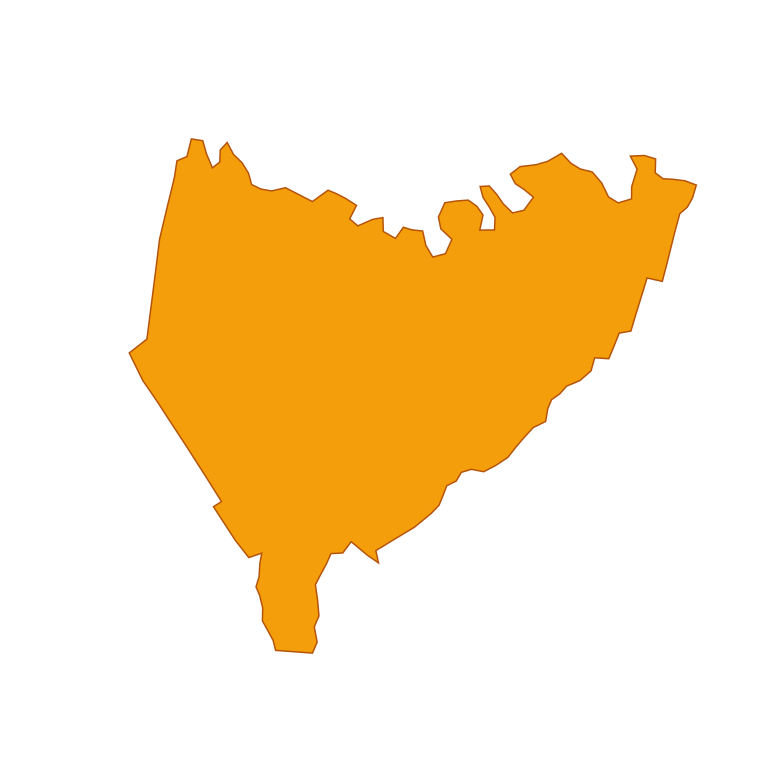 Áurea, Rio Grande do Sul, Brazil, rotated 14°
{"feature_id": "56859067B65143809890428", "entity_name": "Áurea", "entity_type": "district", "adm_level": 2, "iso_a3": "BRA", "parent_name": "Brazil", "parent_adm1": "Rio Grande do Sul", "projection": "orthographic", "projection_center": [-52.066, -27.718], "detail": "fine", "context": "isolated", "style": "filled", "palette": "amber", "viewbox_px": 768, "rotation_deg": 14, "n_neighbors": 0, "source": "geoboundaries", "source_scale": "gbopen_adm2", "svg_char_len": 2064}
<svg xmlns="http://www.w3.org/2000/svg" viewBox="0 0 768 768"><g transform="rotate(14 384 384)"><path d="M596.0,305.1L597.9,292.5L599.9,277.7L610.8,272.9L611.2,262.0L613.6,217.5L629.2,217.1L629.4,199.9L629.4,165.6L629.8,147.2L635.5,139.1L638.3,129.0L638.9,115.4L626.8,114.0L614.1,115.6L605.2,117.3L596.1,113.5L593.1,99.9L581.3,99.3L567.9,103.3L577.6,114.3L576.6,132.7L579.4,144.5L567.5,151.6L556.6,148.2L546.6,136.3L534.8,127.9L522.4,127.9L512.0,124.6L500.5,117.2L489.0,128.3L478.6,134.4L463.4,140.2L455.8,149.9L462.9,157.8L473.4,161.6L483.8,166.6L477.7,181.6L467.3,186.9L456.2,180.4L447.7,172.9L438.2,166.4L429.5,169.1L434.9,178.9L443.8,187.3L451.4,195.4L454.0,207.8L439.7,211.5L439.2,196.1L431.0,189.0L421.2,185.2L409.7,189.0L399.2,193.4L396.4,208.8L401.6,219.7L414.9,227.2L412.1,242.7L400.6,249.0L391.2,239.6L384.5,226.2L373.6,227.7L364.9,227.2L359.9,240.0L346.4,236.2L342.7,222.8L333.2,227.0L320.3,236.9L310.8,232.1L314.1,217.4L301.7,213.2L291.9,210.9L282.8,209.5L270.4,224.3L257.1,221.2L241.0,217.4L228.2,223.9L217.3,224.6L207.3,222.5L201.5,212.2L192.8,203.7L182.4,197.6L173.4,187.6L168.5,196.6L171.0,208.3L165.2,215.8L156.0,203.5L149.3,191.8L137.8,192.8L137.8,211.0L129.1,217.5L130.6,233.6L130.8,245.9L130.8,262.7L131.2,297.6L135.1,329.8L143.1,397.8L129.3,415.5L149.3,439.2L159.8,448.4L169.3,456.9L180.7,467.6L208.7,493.5L233.0,516.5L247.6,530.5L254.8,537.4L248.2,544.3L277.6,571.7L294.8,585.1L306.3,577.7L307.0,588.4L309.4,601.2L308.9,611.8L314.6,619.4L320.5,630.7L323.3,643.2L331.3,651.8L338.5,659.7L343.3,668.7L379.7,662.4L381.6,650.7L375.1,636.5L377.0,624.8L371.8,609.7L366.0,595.3L368.4,585.1L371.6,572.7L373.6,561.4L384.9,557.9L390.3,544.9L400.1,549.7L409.2,554.1L421.9,558.9L416.4,547.6L441.0,522.7L448.0,515.8L454.7,506.8L461.0,498.3L466.7,488.4L468.2,478.4L469.5,467.5L477.6,460.6L480.4,451.0L489.5,445.6L501.9,445.0L511.7,436.4L521.9,425.3L527.4,413.0L532.3,403.1L539.3,390.2L549.9,381.2L548.9,368.2L550.4,358.6L556.9,351.1L561.7,341.9L573.2,333.3L581.7,321.2L582.1,307.6L596.0,305.1Z" fill="#f59e0b" stroke="#b45309" stroke-width="1.5"/></g></svg>